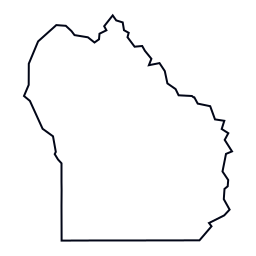 outline of Livingston, Louisiana, United States of America, rotated 180°
{"feature_id": "52423323B76509893462522", "entity_name": "Livingston", "entity_type": "district", "adm_level": 2, "iso_a3": "USA", "parent_name": "United States of America", "parent_adm1": "Louisiana", "projection": "robinson", "projection_center": [-90.749, 30.413], "detail": "fine", "context": "isolated", "style": "outline", "palette": "ink", "viewbox_px": 256, "rotation_deg": 180, "n_neighbors": 0, "source": "geoboundaries", "source_scale": "gbopen_adm2", "svg_char_len": 922}
<svg xmlns="http://www.w3.org/2000/svg" viewBox="0 0 256 256"><g transform="rotate(180 128 128)"><path d="M194.4,15.4L167.3,15.5L79.8,15.6L56.5,15.7L44.5,29.7L47.0,33.0L31.8,40.6L26.4,46.4L32.2,56.8L31.5,67.1L28.3,69.7L27.8,76.0L33.5,84.5L30.0,102.1L24.0,104.6L31.3,116.1L27.7,122.8L34.3,127.0L31.7,135.2L41.0,136.6L45.8,149.8L58.3,152.4L61.7,158.7L62.5,158.7L64.1,160.0L77.4,160.7L80.4,166.9L88.6,172.6L91.2,184.9L96.5,192.9L107.1,190.8L104.6,197.2L111.1,205.2L113.8,210.0L121.4,209.3L128.5,218.8L127.3,223.2L132.0,225.8L133.3,233.6L139.8,235.6L143.3,240.6L151.8,229.8L149.6,225.7L156.5,222.3L157.0,216.7L161.5,213.5L168.1,218.7L181.5,220.9L184.5,224.9L190.2,230.2L199.7,230.9L217.9,214.6L227.2,192.3L227.3,171.1L232.0,160.0L226.1,155.1L213.4,127.2L203.0,119.7L200.2,104.1L201.3,101.9L198.0,96.5L194.5,92.7L194.5,74.1L194.4,65.6L194.5,50.0L194.4,18.6L194.4,15.4Z" fill="none" stroke="#020617" stroke-width="2"/></g></svg>